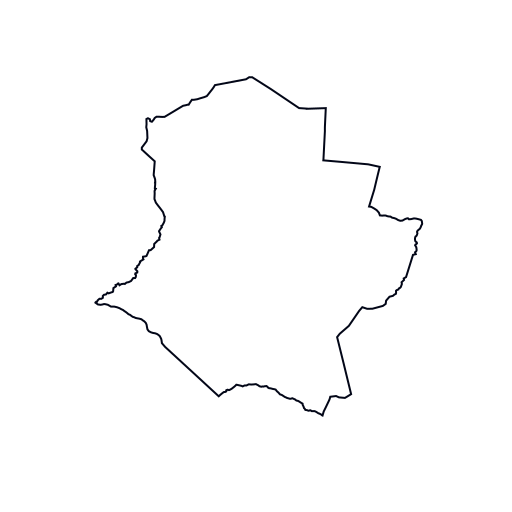 San Sebastián Río Hondo, Oaxaca, Mexico, rotated 66°
{"feature_id": "50627088B23395103258553", "entity_name": "San Sebastián Río Hondo", "entity_type": "district", "adm_level": 2, "iso_a3": "MEX", "parent_name": "Mexico", "parent_adm1": "Oaxaca", "projection": "orthographic", "projection_center": [-96.416, 16.202], "detail": "fine", "context": "isolated", "style": "outline", "palette": "ink", "viewbox_px": 512, "rotation_deg": 66, "n_neighbors": 0, "source": "geoboundaries", "source_scale": "gbopen_adm2", "svg_char_len": 5063}
<svg xmlns="http://www.w3.org/2000/svg" viewBox="0 0 512 512"><g transform="rotate(66 256 256)"><path d="M420.9,225.3L390.1,219.7L363.1,214.9L361.1,211.1L357.6,199.6L348.1,184.1L346.0,179.7L349.4,176.0L351.5,171.2L353.2,160.4L352.5,157.0L349.7,155.3L347.5,150.6L348.1,147.1L347.5,145.2L347.5,143.7L346.8,143.1L344.7,142.2L344.4,141.3L344.5,139.5L344.0,139.0L343.6,138.1L343.7,137.4L343.2,136.3L340.9,134.1L339.2,133.7L338.1,130.5L336.6,130.2L336.3,127.5L318.8,112.1L319.3,109.3L317.3,109.2L317.0,108.3L316.8,107.7L316.3,107.1L315.7,106.8L315.3,106.6L313.6,106.1L313.1,106.0L312.8,106.1L312.1,106.1L311.0,106.3L310.4,105.7L310.3,104.9L310.0,103.9L309.0,103.6L308.4,103.9L308.0,104.2L307.1,104.4L305.7,104.1L305.3,103.9L304.4,103.5L303.1,102.4L302.9,101.3L302.3,100.5L301.3,99.6L300.9,99.3L300.2,99.2L299.5,99.1L299.0,98.6L298.6,98.1L297.9,95.8L297.8,95.5L297.7,95.1L296.8,94.0L296.1,93.2L295.3,92.6L294.9,91.8L294.2,91.1L293.2,90.8L291.6,90.3L290.1,90.6L288.6,92.4L286.9,94.6L285.9,96.4L285.4,99.2L284.7,101.3L283.3,101.9L283.0,103.2L282.9,104.8L283.2,107.8L282.5,109.9L280.9,111.6L279.1,112.8L277.7,114.2L276.3,116.1L274.7,117.1L273.9,118.6L272.9,120.0L271.8,121.0L271.0,122.7L270.5,124.2L269.3,126.3L266.4,126.1L263.2,127.1L260.7,128.7L258.0,130.7L256.8,132.6L252.2,128.6L243.6,121.1L236.4,115.6L229.9,110.6L224.9,106.7L217.9,116.2L204.3,140.6L196.0,155.6L194.8,154.9L169.8,142.2L168.6,141.7L166.4,140.7L163.2,139.1L149.3,132.1L142.3,149.4L142.2,149.3L138.4,156.5L109.6,174.5L91.1,186.8L90.8,187.7L89.9,189.5L90.5,193.2L83.2,224.0L84.6,226.0L86.0,228.4L87.3,230.9L89.1,234.3L89.9,235.9L89.8,238.7L89.2,243.1L88.9,245.9L88.0,249.3L87.2,251.0L88.9,253.8L90.4,256.0L90.0,256.7L89.7,258.8L89.1,261.5L91.7,282.9L90.8,285.1L90.1,286.5L89.3,288.0L88.3,290.2L88.5,291.3L88.7,292.4L89.7,293.8L90.6,295.6L91.0,296.5L89.8,297.8L87.9,297.3L86.2,298.7L86.3,300.4L91.1,302.4L93.8,303.9L97.5,304.6L104.1,307.2L106.7,309.3L110.5,316.2L112.3,317.0L121.1,313.2L128.3,310.0L135.2,313.7L136.3,314.3L137.4,314.9L139.0,315.8L140.5,316.6L142.1,316.7L143.3,316.8L143.6,316.8L145.0,317.0L146.8,317.7L147.7,318.3L147.8,318.1L148.4,318.4L150.2,319.3L151.9,320.3L153.3,321.0L153.4,320.9L153.8,320.3L155.3,322.2L157.8,323.2L161.6,325.1L162.7,325.6L165.3,325.7L166.4,325.8L167.8,325.5L170.4,324.9L172.7,324.3L175.3,323.7L178.1,323.1L182.6,323.6L182.9,323.3L185.0,324.5L186.7,325.3L188.1,326.7L189.9,329.1L190.1,330.3L191.4,330.3L192.1,331.7L193.8,334.4L194.2,334.6L197.4,334.5L199.6,336.4L200.1,337.2L201.8,337.5L201.9,339.9L202.4,340.7L202.5,341.1L203.6,344.1L206.4,345.5L206.9,347.1L207.3,348.3L207.8,349.9L207.2,351.4L209.8,354.2L211.4,356.0L211.4,356.9L210.7,359.5L212.0,360.2L213.3,360.2L213.8,364.1L214.1,364.4L214.6,364.4L216.1,366.4L216.4,366.6L216.9,368.7L218.0,369.1L218.6,371.4L218.9,371.5L221.7,370.6L222.8,371.2L222.8,373.3L223.6,373.8L224.6,373.4L226.2,374.3L227.0,375.4L226.4,376.7L226.2,377.1L228.0,380.3L228.1,382.9L227.6,385.1L227.7,385.5L228.2,387.2L227.7,387.7L226.9,390.4L227.2,392.6L225.1,392.8L225.0,393.3L225.5,394.3L225.4,396.1L226.8,396.3L227.3,399.3L230.0,400.8L230.6,401.6L230.4,402.8L230.2,405.8L229.1,406.7L230.1,408.6L229.6,410.7L230.2,412.2L231.9,412.9L232.2,414.7L231.4,416.4L232.1,418.6L233.1,419.8L232.8,420.5L233.1,421.5L233.3,421.7L236.0,420.1L237.4,417.8L237.8,416.2L238.1,414.3L238.7,413.3L240.3,411.2L243.2,409.1L244.5,406.2L245.3,405.1L246.4,403.7L248.2,401.9L249.7,400.8L251.3,399.4L252.5,398.8L254.4,397.6L256.1,396.7L257.3,396.2L258.5,395.0L260.4,394.0L261.6,393.2L262.4,392.2L263.6,391.2L264.7,389.7L265.7,388.2L267.2,386.4L268.9,385.5L270.1,384.7L271.4,384.2L272.3,383.9L274.3,383.9L275.4,384.2L276.6,384.5L278.9,385.0L281.1,384.5L283.0,383.0L284.4,381.4L285.5,379.7L286.9,378.2L288.3,377.3L290.0,376.5L293.0,376.3L294.6,376.6L296.3,377.1L296.8,377.2L297.2,377.4L297.4,377.4L302.1,376.0L369.0,347.1L368.4,345.4L367.7,342.9L367.2,340.8L367.3,340.4L367.5,340.0L367.7,339.2L367.6,338.3L367.1,337.8L366.9,337.9L366.7,337.9L366.5,337.7L366.6,336.3L366.9,336.0L367.2,335.6L367.5,335.3L367.6,334.8L367.5,333.5L367.4,332.3L366.6,329.1L366.0,327.2L365.6,326.4L365.7,326.1L367.2,324.1L368.8,322.0L369.7,321.2L369.6,319.1L370.4,317.3L370.3,314.8L371.5,312.6L372.3,310.5L373.0,308.2L375.1,306.5L376.4,305.8L377.6,304.3L377.8,303.2L378.4,302.1L378.4,301.3L378.7,300.6L379.0,299.4L380.1,298.7L380.8,298.7L382.0,297.9L382.9,296.4L384.3,294.7L385.1,293.5L386.0,292.4L388.1,291.9L388.7,291.6L390.0,291.0L392.1,290.4L393.5,288.9L396.5,287.0L397.4,286.1L398.2,285.5L400.3,283.0L400.6,282.0L400.7,280.7L403.0,278.6L404.0,278.2L404.7,277.6L405.5,276.5L406.3,275.9L408.3,274.6L409.8,273.5L410.9,273.9L412.9,273.8L414.5,274.0L415.4,273.6L416.4,273.5L416.7,273.5L417.0,273.0L417.5,272.2L418.7,271.0L418.9,270.2L418.9,269.4L419.2,268.9L419.8,268.6L420.3,268.3L420.8,267.3L421.1,266.6L421.6,265.5L423.0,264.3L424.9,263.1L425.3,262.8L425.6,262.3L426.4,261.7L427.5,260.8L428.2,260.6L428.8,260.1L425.6,257.4L422.7,253.9L417.4,247.7L416.4,246.7L414.8,245.4L416.5,239.8L418.9,237.7L421.8,232.5L421.6,230.5L420.9,225.3Z" fill="none" stroke="#020617" stroke-width="2"/></g></svg>